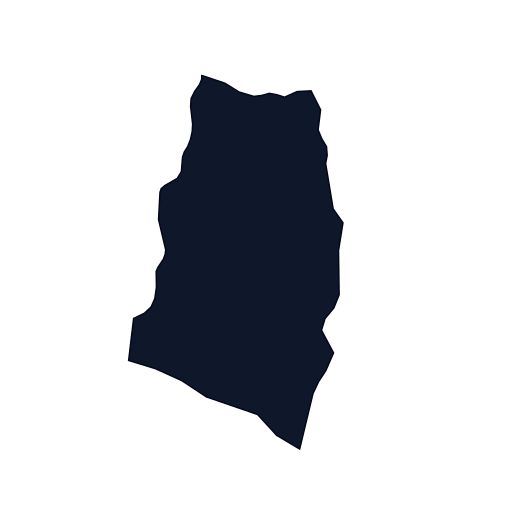 the border of Rize, rotated 310°
{"feature_id": "TUR-2301", "entity_name": "Rize", "entity_type": "Province", "adm_level": 1, "iso_a3": "TUR", "parent_name": "Turkey", "parent_adm1": "", "projection": "albers", "projection_center": [40.921, 40.922], "detail": "fine", "context": "isolated", "style": "filled", "palette": "ink", "viewbox_px": 512, "rotation_deg": 310, "n_neighbors": 0, "source": "natural_earth", "source_scale": "10m", "svg_char_len": 923}
<svg xmlns="http://www.w3.org/2000/svg" viewBox="0 0 512 512"><g transform="rotate(310 256 256)"><path d="M94.1,225.6L129.5,202.4L140.4,207.3L149.6,208.4L158.5,205.8L168.2,199.7L180.1,189.4L184.3,188.2L194.0,187.1L198.8,185.4L202.7,182.9L221.3,157.9L243.1,141.5L246.7,140.1L251.4,140.9L264.8,145.8L272.7,144.6L284.5,136.2L289.6,134.2L296.1,133.3L303.4,130.8L310.4,127.1L316.2,122.8L328.5,109.8L334.9,105.1L342.8,103.2L350.9,102.6L356.5,100.8L359.3,98.5L360.0,99.8L368.4,121.2L370.7,137.5L376.9,151.8L382.7,157.2L389.2,161.7L393.0,168.4L396.0,175.8L408.4,181.8L417.9,192.0L409.5,211.5L392.5,222.5L388.0,231.2L385.1,239.7L378.9,245.8L371.6,249.9L341.7,284.8L337.3,301.3L313.2,315.7L279.7,344.6L266.3,349.0L252.4,349.1L241.2,353.9L231.6,377.7L212.8,383.2L200.0,384.7L187.4,388.0L136.2,413.5L131.9,387.1L135.6,359.1L116.2,308.6L112.8,279.2L105.1,251.5L94.1,225.6Z" fill="#0f172a" stroke="#020617" stroke-width="1.5"/></g></svg>